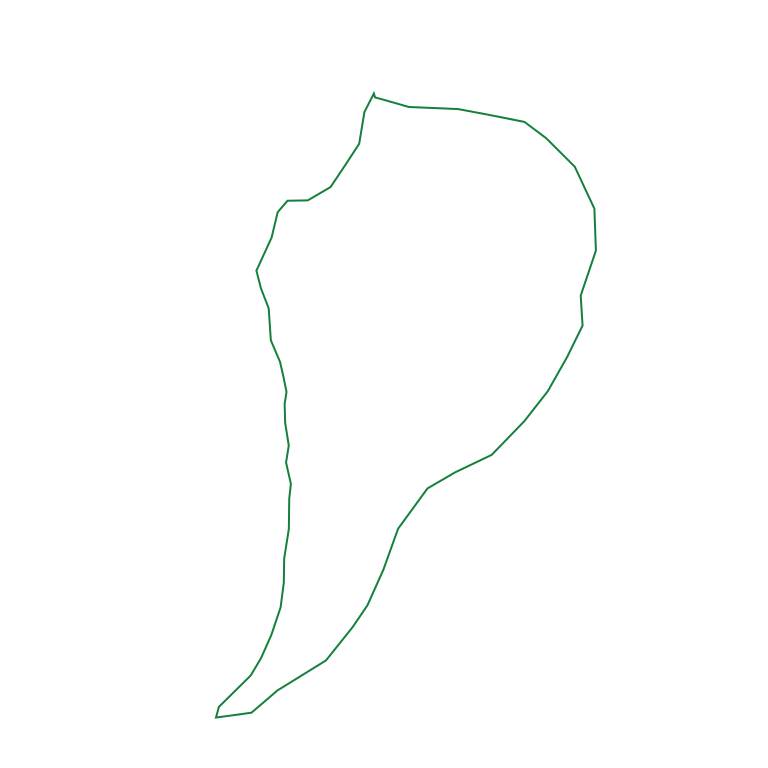 outline of Sumqayit City, Sumqayıt, Azerbaijan, rotated 255°
{"feature_id": "54616110B75219613739908", "entity_name": "Sumqayit City", "entity_type": "district", "adm_level": 2, "iso_a3": "AZE", "parent_name": "Azerbaijan", "parent_adm1": "Sumqayıt", "projection": "mercator", "projection_center": [49.626, 40.591], "detail": "fine", "context": "isolated", "style": "outline", "palette": "green", "viewbox_px": 768, "rotation_deg": 255, "n_neighbors": 0, "source": "geoboundaries", "source_scale": "gbopen_adm2", "svg_char_len": 850}
<svg xmlns="http://www.w3.org/2000/svg" viewBox="0 0 768 768"><g transform="rotate(255 384 384)"><path d="M667.2,449.4L651.8,435.5L622.5,422.2L605.9,403.7L588.1,383.4L581.1,357.9L586.0,338.2L577.5,325.8L554.5,313.3L526.5,290.1L508.5,289.9L486.8,292.2L455.5,286.0L432.3,289.3L416.5,288.7L401.6,287.8L390.6,282.9L372.2,278.5L349.2,276.1L333.6,269.1L311.6,268.2L297.5,262.7L268.7,254.6L241.2,242.4L218.0,235.8L195.0,226.3L170.7,210.2L151.2,194.4L137.0,179.9L114.8,140.9L105.3,135.4L100.8,170.9L115.6,201.8L132.0,256.4L157.3,290.8L174.5,310.7L204.6,335.2L240.6,360.2L271.9,399.0L280.3,430.0L287.7,469.7L311.9,510.1L334.7,540.4L362.8,568.0L389.0,590.9L418.5,596.9L458.0,623.2L498.9,632.6L544.5,624.5L579.4,604.3L600.8,587.5L619.0,550.5L630.3,526.9L635.0,512.1L645.1,479.8L663.2,449.5L667.2,449.4Z" fill="none" stroke="#15803d" stroke-width="2"/></g></svg>